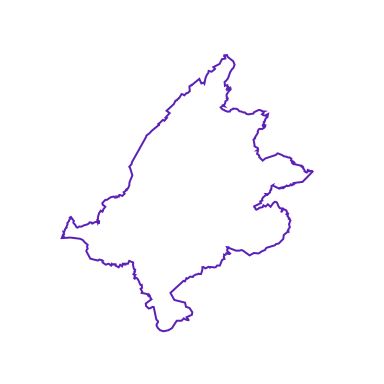 Teocuitatlán de Corona, Jalisco, Mexico, rotated 292°
{"feature_id": "50627088B4235190972494", "entity_name": "Teocuitatlán de Corona", "entity_type": "district", "adm_level": 2, "iso_a3": "MEX", "parent_name": "Mexico", "parent_adm1": "Jalisco", "projection": "natural_earth1", "projection_center": [-103.338, 20.111], "detail": "fine", "context": "isolated", "style": "outline", "palette": "violet", "viewbox_px": 384, "rotation_deg": 292, "n_neighbors": 0, "source": "geoboundaries", "source_scale": "gbopen_adm2", "svg_char_len": 6056}
<svg xmlns="http://www.w3.org/2000/svg" viewBox="0 0 384 384"><g transform="rotate(292 192 192)"><path d="M204.1,292.2L205.3,289.7L206.4,289.5L206.8,287.9L207.5,288.1L207.4,289.1L207.9,289.2L209.0,287.4L210.2,286.5L210.6,282.7L208.9,282.9L206.5,282.3L210.6,282.2L209.9,279.7L210.9,277.8L214.0,274.8L214.2,273.4L213.9,272.4L211.9,271.4L207.7,270.4L209.0,266.9L206.1,265.7L206.4,263.2L204.4,263.2L202.7,260.5L200.8,259.4L199.8,258.4L199.8,257.5L200.6,257.0L201.6,255.1L202.0,255.0L207.6,260.1L208.8,258.8L210.5,260.4L211.7,259.6L213.6,259.9L216.9,261.7L217.2,262.3L217.8,261.2L218.5,263.3L220.9,264.5L222.6,264.0L223.7,264.6L224.0,264.1L225.3,264.2L227.4,263.5L228.7,264.5L228.3,264.5L227.8,270.8L228.9,272.2L228.3,272.3L229.8,274.3L229.6,275.1L230.8,275.8L230.9,275.0L231.9,276.4L233.5,277.4L233.2,278.3L234.4,280.1L236.2,280.8L235.6,281.9L237.1,283.4L237.7,283.7L237.7,282.8L238.3,282.7L242.8,290.7L256.1,296.2L256.5,295.4L256.3,294.8L254.6,291.9L254.6,291.4L255.1,291.5L255.8,292.1L255.9,291.2L253.1,291.2L252.9,290.6L253.4,288.5L254.2,288.4L255.0,287.5L255.2,286.6L256.0,285.8L256.6,285.9L257.2,284.9L257.3,284.3L256.7,284.4L256.5,284.0L257.1,283.3L257.1,282.2L256.2,276.8L257.4,276.2L257.8,275.4L256.0,275.3L256.5,273.8L257.4,274.0L257.7,273.2L258.1,273.2L258.1,274.4L258.4,271.9L260.0,271.8L260.2,271.4L260.6,269.5L260.0,268.4L260.1,266.2L259.5,263.6L260.0,261.8L260.0,257.7L259.9,256.9L257.6,255.7L250.6,247.4L247.6,245.8L249.5,241.3L250.3,241.2L251.4,239.9L251.7,238.1L254.8,237.7L255.3,237.4L255.0,236.7L256.1,237.4L257.5,236.4L257.5,234.4L258.0,232.6L259.2,232.3L263.7,229.4L265.3,230.4L265.8,229.9L271.6,230.9L272.8,230.2L275.1,230.4L275.8,230.9L276.8,233.6L278.4,234.7L279.2,233.8L279.3,234.7L279.9,235.3L281.4,235.0L280.9,232.7L283.8,233.0L283.9,232.4L285.3,232.9L287.3,232.7L289.3,233.6L289.2,233.2L289.5,233.0L291.9,233.5L292.8,233.3L290.2,231.1L289.9,229.3L290.3,227.8L292.2,228.8L293.1,228.1L293.7,228.7L293.1,226.6L293.5,226.1L293.3,223.8L293.0,223.1L289.3,219.7L287.7,219.5L285.0,215.0L284.8,213.1L285.6,211.4L285.0,209.8L285.1,207.7L284.6,205.7L285.7,203.4L285.7,201.7L284.7,198.9L284.3,198.9L282.6,197.1L280.9,197.0L279.8,194.8L279.8,191.5L280.2,190.8L280.0,189.2L281.2,186.9L283.6,188.2L283.7,189.8L284.3,188.6L284.6,189.1L286.5,189.5L288.6,189.0L290.7,190.3L291.5,190.1L291.9,189.3L292.4,189.8L293.8,188.1L295.4,187.6L299.1,188.3L301.6,189.4L302.4,188.9L300.6,187.0L302.3,187.3L301.0,185.8L303.4,185.8L303.5,184.3L303.9,184.3L303.5,183.8L303.5,183.2L302.9,182.7L306.3,181.0L307.8,181.9L310.9,182.8L317.4,182.5L321.2,183.2L322.3,183.9L326.0,183.8L328.7,181.2L330.5,174.9L332.1,173.0L331.0,171.6L331.1,171.1L330.9,170.7L330.0,170.9L329.6,172.2L328.2,172.9L326.4,170.0L321.1,169.6L315.8,165.0L314.9,167.2L314.3,167.1L310.9,165.1L310.5,162.1L308.4,162.5L306.3,161.9L302.9,161.8L297.0,162.9L297.7,161.7L296.2,160.0L299.6,156.4L291.7,152.1L291.3,151.5L290.9,151.8L289.0,150.0L284.6,152.2L282.0,150.8L281.6,149.8L278.7,148.6L279.1,146.7L278.8,145.6L275.0,145.1L274.4,144.6L273.6,144.7L272.7,143.8L271.3,143.7L270.6,142.5L266.6,142.2L257.8,138.0L256.8,141.7L251.1,139.6L251.2,140.9L247.7,139.7L248.0,138.0L243.2,135.9L242.5,136.1L242.9,134.6L241.6,136.1L233.8,131.8L230.4,130.5L227.3,128.6L225.8,128.8L197.5,125.2L195.2,125.5L191.9,124.4L191.0,125.7L185.0,130.5L179.0,130.4L177.2,130.5L174.6,131.4L171.4,131.3L169.8,130.1L169.4,130.8L166.2,128.7L165.2,130.2L162.3,128.9L162.2,126.1L161.8,125.6L160.3,125.9L159.6,123.6L158.8,124.2L157.9,122.7L158.5,121.2L156.7,118.6L152.8,116.0L152.2,114.6L148.1,113.0L146.6,114.1L146.7,114.6L145.8,117.2L142.5,116.2L141.2,116.5L140.1,116.2L140.5,114.4L137.7,113.8L133.8,114.1L132.0,114.8L130.8,114.6L130.6,115.3L129.6,115.3L128.5,116.1L129.9,116.0L130.1,116.8L128.4,117.4L128.0,116.8L128.6,114.5L127.0,112.6L125.4,111.5L125.4,110.7L126.0,110.3L125.5,108.4L124.0,108.1L122.6,106.9L120.8,104.5L118.5,102.5L117.7,100.3L116.1,99.3L116.1,98.0L117.7,96.2L118.8,93.8L119.5,93.3L120.8,93.4L123.5,89.1L122.6,88.4L122.0,89.5L120.9,88.7L118.9,88.8L116.3,88.1L115.5,88.7L111.9,88.6L111.8,89.0L110.3,88.3L107.0,88.4L106.9,87.7L105.1,89.2L104.2,88.5L102.8,89.7L101.9,88.8L102.1,88.5L100.5,88.5L104.2,96.3L106.7,105.7L106.6,108.6L105.4,110.9L103.9,115.1L102.1,115.1L100.3,116.5L98.9,116.0L97.5,116.2L92.1,122.7L93.2,130.5L94.7,131.5L95.0,134.7L94.8,135.2L94.2,134.9L93.2,135.4L92.3,139.2L94.2,141.5L94.2,142.5L93.5,143.9L93.5,144.7L95.4,144.6L95.0,145.8L96.0,146.9L96.3,148.1L96.3,148.4L95.1,148.5L94.7,152.2L97.6,152.7L97.0,155.0L98.9,154.8L99.5,156.5L99.9,155.6L101.5,159.5L104.6,159.6L104.6,163.9L102.3,164.6L98.9,166.9L98.7,168.4L96.7,168.4L96.6,169.0L94.2,168.6L94.0,170.1L93.5,169.5L93.3,170.3L90.3,170.8L90.2,171.4L91.5,171.6L91.4,173.4L90.3,175.2L86.7,178.8L86.5,179.6L87.0,180.2L84.4,181.6L83.0,180.6L80.9,183.2L79.6,183.1L80.6,188.7L79.5,190.3L80.8,190.4L80.1,191.7L79.1,192.3L78.3,193.4L77.9,193.4L77.3,194.6L71.3,190.9L69.1,192.1L67.8,195.5L68.7,196.9L70.7,198.4L71.0,199.6L60.4,206.7L59.5,208.7L58.9,209.2L55.8,208.8L54.9,209.2L53.2,211.1L51.9,214.2L52.2,217.8L55.0,221.9L58.2,224.4L66.9,226.1L68.8,230.6L71.7,231.7L71.4,233.9L71.7,236.6L72.7,237.1L72.3,236.6L73.9,233.9L78.1,237.9L80.7,237.3L83.5,233.1L83.3,229.4L86.8,227.0L85.3,216.1L90.4,209.8L106.4,217.4L106.5,218.9L110.0,219.1L109.9,220.2L112.9,222.1L113.5,224.6L114.4,224.6L116.8,226.3L117.9,228.1L118.7,228.6L118.8,230.1L119.4,231.1L124.0,230.7L126.2,229.8L126.7,230.7L126.2,233.1L128.8,235.3L128.6,236.9L129.4,237.1L130.6,241.4L131.5,242.3L133.2,242.8L134.3,245.4L139.8,245.3L140.7,245.6L142.2,247.2L143.8,245.7L145.0,245.7L145.9,245.2L146.0,246.2L146.6,246.7L148.1,246.8L148.4,249.8L149.3,250.3L150.4,246.9L151.7,246.2L152.8,246.5L154.0,245.1L154.5,246.6L154.0,247.6L154.1,254.9L155.4,257.9L156.7,259.6L156.8,260.9L154.8,269.1L158.6,272.2L160.0,276.8L163.2,279.0L165.7,281.5L167.3,281.6L168.3,282.1L173.7,288.9L175.1,289.3L176.7,291.7L182.7,294.2L186.5,293.2L190.8,295.5L191.4,295.4L191.3,296.3L193.4,295.3L196.0,295.9L198.5,294.0L202.6,293.9L203.2,293.6L202.9,293.6L203.3,291.9L204.1,292.2Z" fill="none" stroke="#5b21b6" stroke-width="2"/></g></svg>